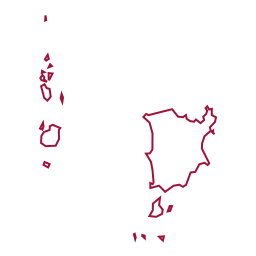 outline of Ko Samui, Surat Thani, Thailand
{"feature_id": "78962969B93430934816346", "entity_name": "Ko Samui", "entity_type": "district", "adm_level": 2, "iso_a3": "THA", "parent_name": "Thailand", "parent_adm1": "Surat Thani", "projection": "robinson", "projection_center": [99.825, 9.553], "detail": "medium", "context": "isolated", "style": "outline", "palette": "rose", "viewbox_px": 256, "rotation_deg": 0, "n_neighbors": 0, "source": "geoboundaries", "source_scale": "gbopen_adm2", "svg_char_len": 1829}
<svg xmlns="http://www.w3.org/2000/svg" viewBox="0 0 256 256"><path d="M207.2,106.3L205.6,108.1L207.2,110.7L206.1,114.1L203.2,116.7L204.2,120.0L200.5,123.1L195.9,119.5L194.1,121.7L190.1,121.1L186.7,118.8L185.9,115.0L183.0,117.2L178.0,116.6L172.1,109.2L148.6,115.1L146.1,114.0L143.4,117.0L149.6,122.7L152.5,133.4L152.4,149.6L149.8,153.4L146.0,153.6L151.0,161.9L152.5,170.1L153.6,182.5L152.7,184.1L150.3,183.0L150.4,188.0L159.1,185.7L165.1,191.8L173.7,185.7L179.3,184.7L183.0,186.8L186.1,184.8L190.6,172.5L195.3,171.9L199.3,164.3L204.5,162.8L207.7,165.0L209.2,163.2L201.9,148.6L202.1,143.4L204.5,136.2L210.8,130.8L209.9,127.3L215.0,121.9L216.0,117.3L211.8,115.1L211.8,108.8L209.3,109.5L207.2,106.3ZM52.9,124.9L49.9,126.1L49.6,130.0L43.9,132.0L41.4,136.0L41.1,143.0L45.7,146.2L55.7,145.7L59.0,139.1L58.8,130.1L60.2,128.0L52.9,124.9ZM160.0,197.7L152.9,203.6L152.8,210.2L149.4,216.1L156.3,216.8L162.1,213.9L162.7,209.6L159.1,205.2L160.0,197.7ZM44.5,84.2L41.1,86.2L44.2,97.8L47.4,100.6L50.7,96.7L49.6,88.9L46.7,88.1L44.5,84.2ZM48.1,167.4L49.6,164.1L44.6,162.0L43.5,164.8L48.1,167.4ZM44.0,79.4L44.2,77.1L42.4,74.9L40.3,78.0L41.5,80.2L47.0,81.8L44.0,79.4ZM52.5,73.5L48.6,73.1L48.7,79.5L49.4,79.6L52.5,73.5ZM42.4,129.7L43.5,126.5L43.0,122.7L40.0,128.5L42.4,129.7ZM172.0,206.1L169.7,206.0L167.7,211.4L170.2,210.9L172.0,206.1ZM47.7,54.8L44.9,59.3L46.2,60.6L48.8,58.9L47.7,54.8ZM162.9,240.6L163.9,236.3L159.0,236.7L162.9,240.6ZM62.3,102.1L63.0,97.4L61.6,93.9L60.7,98.2L62.3,102.1ZM51.9,66.1L50.1,64.3L48.6,67.4L51.9,66.1ZM144.8,238.3L144.7,235.6L142.3,235.0L142.2,236.0L144.8,238.3ZM41.8,72.9L44.4,72.2L42.1,70.8L41.8,72.9ZM213.1,130.6L211.7,131.8L214.4,134.2L213.0,132.4L213.1,130.6ZM135.2,239.1L135.7,237.4L134.7,233.8L133.9,234.3L135.2,239.1ZM46.2,20.1L45.5,15.4L45.2,20.5L46.2,20.1Z" fill="none" stroke="#9f1239" stroke-width="2"/></svg>